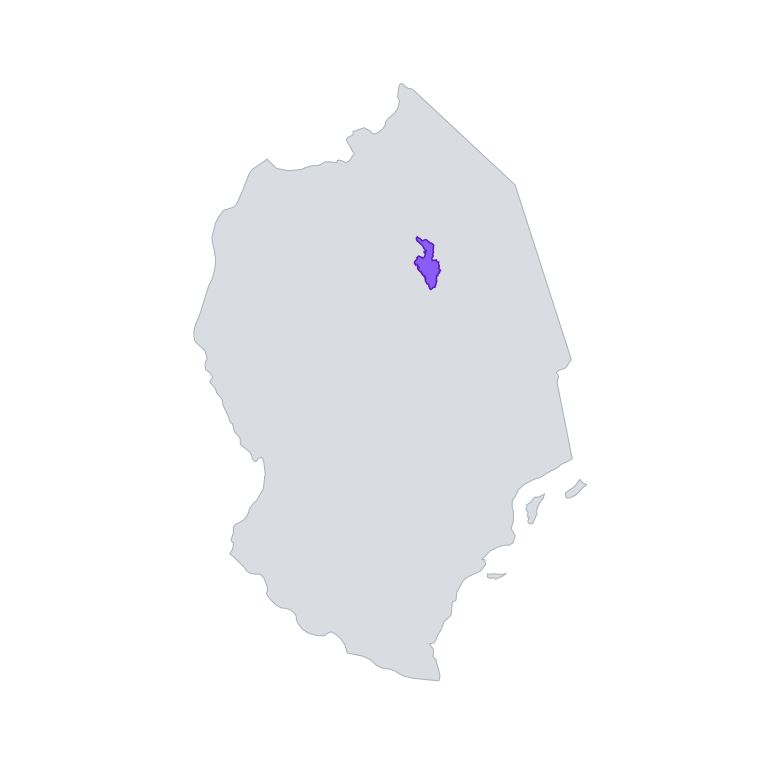 Kishapu, Shinyanga, United Republic of Tanzania (highlighted), rotated 43°
{"feature_id": "72390352B32869277898143", "entity_name": "Kishapu", "entity_type": "district", "adm_level": 2, "iso_a3": "TZA", "parent_name": "United Republic of Tanzania", "parent_adm1": "Shinyanga", "projection": "mercator", "projection_center": [33.788, -3.68], "detail": "fine", "context": "in_parent", "style": "filled", "palette": "violet", "viewbox_px": 768, "rotation_deg": 43, "n_neighbors": 0, "source": "geoboundaries", "source_scale": "gbopen_adm2", "svg_char_len": 8659}
<svg xmlns="http://www.w3.org/2000/svg" viewBox="0 0 768 768"><g transform="rotate(43 384 384)"><path d="M298.0,517.0L290.9,513.2L284.5,510.9L279.2,508.4L276.8,505.9L271.9,505.0L267.6,504.6L263.6,502.2L255.5,501.4L254.6,499.9L254.4,496.5L253.0,495.6L250.0,494.7L246.8,494.7L244.9,495.2L243.7,495.0L241.1,493.0L238.6,490.4L237.7,486.4L234.0,483.8L229.7,481.7L217.7,481.9L215.9,481.3L213.0,479.2L209.7,475.8L207.0,471.9L204.7,466.7L202.2,459.6L188.6,431.3L187.2,425.9L184.5,420.0L180.1,412.7L175.5,407.3L169.2,402.4L162.1,397.5L158.2,394.2L150.8,380.9L149.3,374.7L148.2,368.3L148.7,365.7L153.3,357.4L153.7,355.0L153.2,351.9L150.9,345.3L148.0,337.3L142.2,322.7L141.4,319.0L141.5,316.2L144.9,301.4L144.8,299.4L158.6,299.6L168.5,293.2L177.3,283.5L179.0,279.4L182.5,273.2L186.0,270.1L187.4,268.0L189.4,261.8L193.9,257.6L198.4,254.4L197.5,252.1L198.1,251.3L200.5,249.6L205.3,248.1L206.2,244.8L206.2,241.2L205.4,239.1L205.6,236.8L204.8,235.4L201.7,235.1L197.2,233.3L193.3,232.5L190.7,231.4L189.7,230.6L189.3,228.4L191.5,222.8L189.3,220.5L194.1,211.1L195.0,209.9L196.7,209.8L199.4,208.8L202.0,208.3L204.1,208.7L205.6,208.3L206.9,207.2L208.1,204.1L209.0,198.7L208.5,194.4L206.5,191.1L206.0,186.0L206.9,179.1L206.2,173.5L204.0,168.9L201.8,166.2L198.4,164.9L193.0,158.0L191.3,154.6L191.6,152.5L193.5,151.6L196.9,152.0L200.1,151.2L203.2,149.2L206.1,148.7L207.6,149.0L344.2,149.0L503.8,238.1L504.5,239.2L505.7,246.8L505.5,249.4L503.0,253.9L502.3,256.2L502.2,257.8L502.9,258.4L504.9,258.6L506.7,259.7L507.4,260.5L508.7,263.9L510.5,265.5L571.2,309.3L572.5,310.0L571.7,313.7L568.2,322.6L568.0,326.3L566.7,330.7L565.4,333.6L561.9,346.1L559.0,350.8L555.0,361.8L554.4,370.3L556.6,376.2L557.4,381.7L562.1,387.1L565.8,389.1L568.3,391.6L572.8,397.2L575.4,402.9L583.5,405.7L586.7,412.1L585.5,416.5L581.8,420.1L578.3,426.0L575.4,433.8L575.4,445.6L577.3,443.8L581.5,446.7L582.1,455.5L577.7,465.7L576.3,470.4L576.1,474.5L579.3,486.7L584.1,492.9L583.8,494.9L582.5,496.5L590.8,507.5L590.1,517.1L593.2,524.5L594.6,531.0L596.6,536.0L597.0,539.4L594.5,543.2L600.5,544.1L604.0,547.3L605.7,550.2L610.1,550.1L612.4,552.1L615.8,553.8L623.4,558.8L625.4,561.3L626.6,563.7L605.9,579.5L598.5,583.6L593.1,585.5L587.4,586.5L582.0,589.0L576.9,592.9L570.3,594.9L562.3,594.9L553.9,597.6L540.7,605.8L533.0,601.3L527.0,599.9L520.1,600.0L515.8,600.6L514.3,601.5L513.0,604.3L511.9,608.9L507.3,613.3L499.4,617.5L492.0,619.0L485.3,618.0L480.7,616.2L478.3,613.8L474.8,612.7L470.2,612.9L465.8,614.6L461.5,617.9L454.8,619.3L445.5,618.9L440.5,617.3L439.8,614.5L435.8,611.3L428.3,607.7L422.9,607.6L419.3,611.1L416.1,613.3L413.2,614.2L410.6,614.3L406.9,613.4L396.6,613.0L386.9,613.2L385.9,608.1L383.9,605.0L382.1,603.1L378.8,602.7L377.8,601.2L376.7,598.1L375.1,595.4L372.9,593.1L371.6,591.1L371.1,589.1L371.5,587.0L373.5,581.8L374.1,578.3L373.9,574.6L372.8,570.9L370.5,566.4L370.8,565.1L370.0,562.1L369.9,560.0L370.3,557.3L369.9,553.8L367.9,546.4L367.9,544.5L365.8,540.9L359.4,532.4L359.1,531.3L348.9,522.7L344.9,520.9L343.4,522.5L342.9,524.0L343.3,526.7L343.1,528.1L342.6,528.7L340.2,528.6L338.7,528.3L334.9,526.0L331.9,525.4L324.5,525.8L321.9,526.4L319.9,525.9L315.9,521.9L311.3,521.1L307.2,520.9L300.4,516.4L298.0,517.0ZM584.5,374.8L587.8,384.2L587.4,385.9L585.1,387.0L583.8,387.1L582.4,385.6L581.3,382.4L579.5,383.2L576.5,379.4L573.5,379.2L570.8,374.8L571.9,370.8L571.3,364.2L574.5,360.8L576.3,355.0L578.4,358.9L578.9,365.1L581.7,372.2L584.5,374.8ZM600.6,319.3L600.8,321.5L600.1,323.6L600.3,330.2L600.0,334.6L597.5,340.7L595.5,342.8L593.7,342.2L592.2,341.2L591.0,339.6L593.4,328.4L592.2,320.2L596.9,321.0L600.6,319.3ZM593.9,454.0L591.5,454.6L590.6,454.0L589.1,452.2L591.7,450.6L594.1,447.6L599.8,443.1L602.4,439.5L602.0,443.0L598.8,450.6L596.1,451.1L593.9,454.0Z" fill="#d9dde1" stroke="#a8b0b8" stroke-width="1"/><path d="M308.2,254.5L308.2,255.0L308.7,255.8L310.0,256.6L311.4,256.7L311.9,256.5L312.4,256.5L313.2,256.6L316.7,256.5L318.4,256.7L319.1,256.8L319.9,257.4L320.6,257.6L322.2,257.7L322.5,257.8L323.3,257.8L323.5,257.8L323.8,257.9L324.0,257.8L324.1,258.2L323.9,258.7L323.8,258.8L323.5,259.4L323.3,259.4L323.0,259.8L323.4,260.0L323.7,260.4L323.8,260.3L324.1,260.2L324.5,260.4L324.7,260.1L324.7,260.3L325.2,260.7L325.3,261.0L325.5,261.1L326.1,261.3L326.6,262.7L327.0,264.2L327.1,264.8L326.2,265.0L326.1,265.5L325.9,265.6L325.6,266.0L325.4,266.1L325.2,265.9L324.5,265.9L324.2,266.1L323.9,266.0L323.5,266.3L323.1,266.3L322.8,266.6L322.7,266.6L322.4,266.8L321.9,267.1L321.9,267.3L321.9,267.5L321.9,268.1L322.0,268.5L322.2,268.8L322.0,269.2L322.3,269.2L322.6,269.7L322.9,269.8L322.9,270.1L323.0,270.4L322.9,270.6L323.0,270.9L322.9,271.1L323.0,271.5L322.9,272.1L323.0,272.2L322.9,272.6L323.1,273.4L323.0,273.6L323.2,273.9L323.4,274.0L323.5,274.2L323.6,274.3L323.7,274.6L323.8,274.6L323.8,274.8L324.2,274.9L324.4,275.2L324.7,275.0L324.8,275.1L325.0,275.0L325.5,275.2L325.4,275.0L325.7,274.9L325.9,274.7L326.0,274.6L326.3,274.7L326.5,274.8L326.7,274.7L326.8,274.6L327.0,274.5L327.0,274.4L327.1,274.5L327.3,274.4L327.5,274.5L327.7,274.4L327.8,274.5L327.9,274.4L328.0,274.6L328.3,274.6L328.5,274.7L328.4,274.5L329.1,274.6L329.3,274.7L329.3,274.8L329.7,274.8L329.8,275.0L330.0,275.0L330.1,275.3L330.3,275.2L330.4,275.4L330.2,275.5L330.0,276.0L329.8,276.2L329.7,276.2L330.0,276.4L330.1,276.6L330.3,276.6L330.7,276.9L330.9,276.8L331.1,277.0L332.7,277.1L333.1,277.3L333.6,277.1L334.4,276.6L334.5,276.7L334.8,276.7L334.8,276.9L335.1,276.8L335.1,277.0L335.3,277.0L335.6,276.9L335.8,277.0L335.7,277.2L335.8,277.3L336.0,277.3L336.3,277.7L336.8,277.5L337.1,277.4L337.1,277.6L337.3,277.6L337.5,277.7L338.0,277.8L338.3,277.8L338.3,277.7L338.6,277.5L338.9,277.6L339.0,277.5L339.3,277.7L339.4,277.8L339.5,277.7L339.5,277.8L339.9,277.7L340.0,277.6L340.1,277.8L340.3,277.8L340.5,277.9L340.4,278.0L340.6,277.9L340.6,278.1L340.9,278.1L340.9,277.9L341.0,278.0L341.1,277.9L341.2,278.0L341.3,278.1L341.5,278.1L341.6,277.9L341.7,278.1L341.8,277.9L341.9,278.0L342.0,278.0L342.3,278.3L342.2,278.3L342.3,278.4L342.2,278.4L342.3,278.5L342.5,278.6L342.8,278.7L342.7,278.8L342.8,278.9L342.8,279.4L342.9,279.6L343.7,280.0L344.5,280.6L345.2,280.7L345.3,280.8L345.7,280.8L345.8,280.9L346.1,281.0L346.9,281.4L347.4,281.3L347.8,281.1L348.2,281.1L348.8,280.8L349.1,280.8L349.3,281.1L349.6,281.2L349.8,281.5L350.0,281.5L350.3,282.0L350.5,282.1L350.8,282.0L351.1,282.3L351.7,282.5L352.3,283.0L352.7,283.1L353.1,283.0L353.9,282.9L353.8,282.2L354.0,282.0L354.1,281.8L354.0,281.6L354.1,281.3L354.1,280.4L354.1,279.9L354.2,279.7L354.2,279.4L354.3,279.3L354.6,279.3L354.8,279.1L354.8,278.9L355.3,278.4L354.9,277.8L354.6,277.6L354.5,277.4L354.5,277.2L354.3,276.7L354.2,276.3L354.2,276.1L354.1,275.9L353.7,275.0L353.4,274.7L353.2,274.4L353.0,274.0L352.9,273.9L352.8,274.0L352.6,273.7L352.6,273.4L352.4,273.2L352.5,273.1L352.5,272.9L352.0,272.4L351.9,272.4L351.7,272.3L351.5,272.1L351.4,272.2L351.0,271.8L350.8,271.4L350.5,271.2L350.3,270.8L350.0,270.8L350.0,270.7L349.9,270.7L349.7,270.4L349.6,270.2L349.4,270.1L349.4,269.9L349.4,269.6L349.2,269.5L349.1,269.1L349.0,268.9L348.7,268.6L348.8,268.5L348.6,268.5L348.6,268.1L348.9,268.0L349.0,267.7L349.1,267.4L348.8,266.8L348.7,266.7L348.3,266.0L348.3,265.9L348.4,265.7L348.5,265.8L348.5,265.6L348.6,265.4L348.4,265.4L348.4,265.0L348.5,265.0L348.5,264.7L348.4,264.7L348.2,264.3L347.6,264.0L347.7,263.9L347.6,263.1L347.9,262.9L348.1,262.5L347.8,262.3L347.7,262.3L345.4,262.3L345.5,262.1L345.4,261.8L345.3,261.7L345.1,261.4L344.7,261.1L344.3,261.0L344.2,260.9L344.2,260.4L343.8,260.2L343.5,259.6L343.1,259.6L342.7,259.3L342.5,259.2L342.3,259.2L342.1,259.1L341.8,258.9L341.4,258.5L341.4,258.4L341.3,258.2L341.0,258.0L340.9,257.6L340.0,258.1L338.8,258.3L338.2,258.3L338.1,258.0L337.8,258.1L337.6,257.6L337.3,257.8L337.2,258.1L336.8,258.9L336.0,259.5L336.0,259.8L335.7,260.1L335.6,260.3L335.4,260.3L335.2,260.4L335.3,260.7L335.2,260.8L334.9,260.7L334.8,260.3L334.6,260.4L334.2,260.1L333.9,259.9L333.7,259.8L333.5,259.7L333.4,259.7L333.1,259.3L332.9,258.9L333.0,258.6L332.9,258.5L333.0,257.8L332.8,257.3L332.8,256.9L332.7,256.7L331.9,256.3L331.3,256.2L331.1,255.9L330.9,255.9L330.7,255.6L330.7,255.4L330.7,255.0L330.6,254.7L330.6,254.3L330.3,254.1L330.3,253.9L330.0,253.7L329.4,253.1L329.0,252.8L328.7,252.6L328.1,252.2L327.9,251.6L327.9,251.4L327.2,250.7L326.5,249.8L325.9,248.7L325.3,248.6L324.9,248.5L324.5,248.6L324.3,248.4L323.9,248.6L323.1,248.7L322.6,248.9L322.4,248.8L321.7,249.3L321.0,249.5L320.3,249.5L319.9,249.3L319.7,249.6L317.6,249.5L316.8,249.6L316.5,249.7L315.9,250.1L315.7,250.4L314.6,252.9L314.4,252.9L314.1,253.4L313.6,253.4L312.5,253.1L311.8,253.2L311.0,253.1L310.0,253.6L308.3,253.7L308.4,253.8L308.2,254.2L308.3,254.2L308.2,254.5Z" fill="#8b5cf6" stroke="#5b21b6" stroke-width="1.5"/></g></svg>